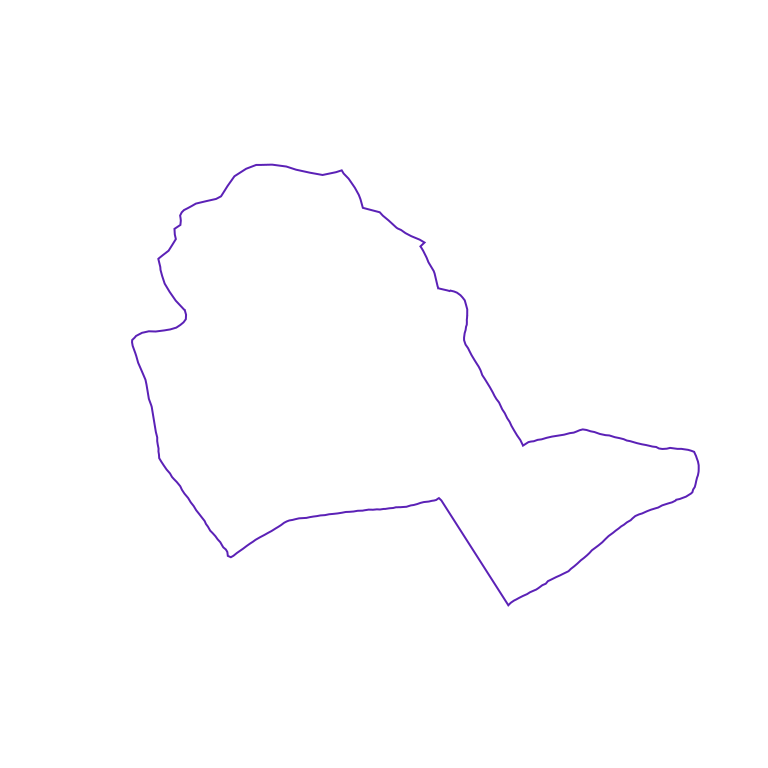 Guinguineo, Kaolack, Senegal, rotated 59°
{"feature_id": "50182788B97054679922117", "entity_name": "Guinguineo", "entity_type": "district", "adm_level": 2, "iso_a3": "SEN", "parent_name": "Senegal", "parent_adm1": "Kaolack", "projection": "albers", "projection_center": [-15.881, 14.303], "detail": "fine", "context": "isolated", "style": "outline", "palette": "violet", "viewbox_px": 768, "rotation_deg": 59, "n_neighbors": 0, "source": "geoboundaries", "source_scale": "gbopen_adm2", "svg_char_len": 4821}
<svg xmlns="http://www.w3.org/2000/svg" viewBox="0 0 768 768"><g transform="rotate(59 384 384)"><path d="M637.7,391.4L637.1,389.2L636.8,387.8L636.6,384.0L636.8,381.7L636.9,378.6L637.2,374.4L637.8,369.5L637.7,366.3L638.0,363.8L638.3,361.5L638.6,359.4L638.5,357.0L638.3,354.7L638.0,351.9L638.5,348.2L637.4,345.0L637.6,343.1L637.8,340.7L638.2,335.7L638.7,331.8L638.9,329.0L639.2,325.6L639.5,322.3L638.7,319.0L638.2,314.7L637.5,310.6L636.5,306.0L636.1,302.4L635.4,298.2L634.7,295.0L633.6,291.4L633.2,287.1L632.8,283.2L632.1,278.4L631.0,274.2L630.0,269.8L629.5,264.2L629.0,260.8L628.7,257.3L628.2,254.0L628.2,250.9L627.7,247.0L627.8,242.7L627.2,240.3L626.6,236.6L627.1,232.6L627.9,229.4L628.5,224.2L629.2,220.1L630.5,214.9L631.1,212.7L631.3,208.1L631.9,205.5L632.8,201.7L633.8,198.0L634.1,194.1L633.7,193.2L634.9,189.7L635.4,186.9L636.1,183.2L636.0,177.2L635.6,175.4L633.7,173.4L632.4,170.7L630.3,168.5L628.0,166.4L625.5,163.9L624.0,162.0L621.2,159.5L618.9,158.0L615.7,156.1L612.1,154.8L609.0,154.2L606.3,153.6L604.2,153.4L601.9,153.1L599.6,154.9L597.1,157.2L594.9,159.9L592.6,162.7L590.8,165.8L588.4,168.8L586.1,171.7L585.1,174.9L583.1,178.8L580.9,181.5L578.1,183.2L577.6,183.9L575.9,186.1L574.0,188.0L571.3,190.8L568.5,194.0L564.9,197.7L559.8,202.4L557.5,205.0L554.7,207.0L551.7,210.0L548.5,213.5L544.2,217.3L541.9,220.5L538.0,224.7L533.5,228.4L531.0,231.2L527.7,234.1L525.3,237.0L524.4,240.0L523.9,243.5L523.4,246.4L521.8,250.1L520.2,255.7L517.5,262.4L515.6,267.1L513.9,272.3L512.6,277.4L511.0,281.1L510.2,285.1L509.0,287.7L508.2,290.1L508.4,296.6L507.8,296.5L502.3,296.0L496.6,296.4L490.8,296.4L485.5,296.3L481.2,295.8L476.7,296.0L471.2,295.5L466.6,295.7L459.1,294.9L454.8,295.4L451.0,295.4L447.5,295.1L441.3,294.9L431.9,295.0L427.0,295.2L422.1,294.2L417.9,293.9L415.1,294.0L410.4,294.1L407.6,294.1L404.5,294.1L400.1,293.8L396.5,293.5L392.3,293.8L390.8,293.5L387.7,292.8L385.5,291.5L382.0,288.7L379.7,286.2L377.2,284.2L375.8,282.5L373.5,281.0L371.7,280.0L370.0,278.7L368.2,277.5L368.2,277.4L367.8,277.2L365.5,275.8L362.9,274.2L358.7,273.0L353.9,271.7L350.4,272.1L347.3,272.7L343.3,274.4L340.8,276.3L338.1,279.0L338.2,279.8L336.4,281.5L331.1,287.0L330.2,287.8L329.9,288.3L328.8,287.9L328.4,287.8L328.1,287.8L315.3,283.7L312.7,283.2L308.5,283.2L302.6,283.2L297.6,282.4L289.9,281.8L286.3,281.8L284.8,281.9L283.6,276.4L278.6,279.1L271.3,284.5L265.7,287.9L260.7,290.1L257.7,292.2L256.4,292.8L246.2,295.8L239.1,298.3L234.6,299.2L222.1,311.4L213.5,309.0L209.0,308.2L200.8,307.9L194.2,308.3L189.7,308.6L182.8,310.2L179.1,310.2L177.7,316.1L173.2,329.0L164.7,338.7L155.0,349.0L147.3,355.7L138.3,367.0L133.2,376.0L130.4,380.7L128.5,391.3L128.9,405.2L133.6,415.9L134.1,416.9L139.2,427.0L138.9,432.6L135.7,442.2L132.5,452.3L132.4,457.2L132.2,461.8L131.9,465.9L132.7,469.0L134.6,472.0L136.9,472.9L139.3,474.0L142.8,476.6L142.8,476.8L143.0,481.3L143.1,483.3L143.1,483.7L148.1,486.3L152.6,487.8L155.9,494.2L158.8,500.0L159.6,506.9L160.2,511.3L160.3,512.1L160.5,513.0L168.5,515.5L171.1,516.8L177.1,518.5L185.0,520.3L194.6,520.3L205.3,519.6L217.9,516.9L218.0,516.7L222.7,518.0L226.4,520.5L227.9,524.1L228.5,528.2L228.7,533.0L227.1,539.2L226.0,541.9L225.0,544.5L221.4,552.7L217.7,558.4L216.1,563.3L215.5,565.0L215.1,571.7L215.7,573.5L216.0,574.5L216.2,575.5L216.6,577.2L218.5,578.5L221.9,579.8L222.0,579.8L222.5,579.9L230.1,581.4L231.2,581.7L231.5,581.7L239.2,583.8L241.6,584.1L250.6,585.3L257.0,586.2L257.6,586.3L262.2,587.9L268.3,590.3L275.6,593.2L281.9,594.4L282.4,594.5L284.0,594.9L307.7,604.3L313.0,605.9L316.1,607.8L319.3,609.1L323.2,610.5L325.7,612.1L328.5,613.2L331.8,614.9L335.8,614.9L340.6,614.7L345.4,614.4L350.4,613.5L354.5,613.6L355.0,613.5L357.1,613.1L361.3,612.1L366.7,611.3L370.7,611.7L375.2,611.5L380.9,610.6L385.9,610.6L390.6,610.0L395.5,610.0L400.0,609.4L404.3,608.9L409.1,608.3L412.3,608.7L415.5,608.4L420.2,608.5L423.5,607.7L427.6,606.9L431.4,606.6L435.3,605.8L439.0,605.9L441.2,605.9L444.4,604.8L447.2,604.8L448.2,605.2L450.9,606.4L453.6,604.5L453.7,601.5L453.1,597.2L452.8,592.8L452.6,589.7L452.1,585.1L451.8,581.1L451.7,577.7L451.4,574.4L451.5,569.2L451.8,564.1L451.9,560.0L452.1,556.1L452.0,551.4L452.0,548.1L451.9,544.8L451.5,541.1L451.7,538.1L452.2,535.4L453.4,532.4L454.2,529.7L455.4,526.0L456.8,523.3L458.8,519.5L459.9,516.2L461.2,512.9L462.7,509.5L463.9,506.2L466.0,502.1L467.4,498.1L469.2,494.4L471.0,490.5L472.7,486.3L474.0,482.7L475.8,479.4L477.6,475.8L479.1,471.9L481.5,467.6L481.7,467.1L482.1,466.0L483.8,461.8L486.1,458.2L487.8,454.6L489.5,452.1L490.9,448.7L491.8,447.1L493.3,443.4L495.0,440.0L495.8,437.3L497.0,435.2L498.2,433.1L499.3,430.9L500.8,428.0L501.9,423.5L503.0,420.9L504.0,417.4L504.7,414.0L505.7,410.7L507.8,406.2L508.8,403.1L509.7,401.0L510.3,398.9L510.1,397.2L510.1,395.7L510.5,395.6L511.1,395.4L513.4,394.8L636.4,391.4L637.7,391.4Z" fill="none" stroke="#5b21b6" stroke-width="2"/></g></svg>